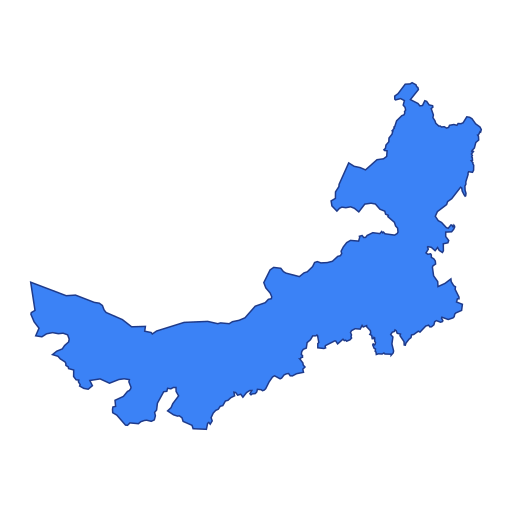 map outline of Inner Mongol (Albers equal-area conic projection)
{"feature_id": "CHN-1838", "entity_name": "Inner Mongol", "entity_type": "Autonomous Region", "adm_level": 1, "iso_a3": "CHN", "parent_name": "China", "parent_adm1": "", "projection": "albers", "projection_center": [116.94, 45.357], "detail": "fine", "context": "isolated", "style": "filled", "palette": "blue", "viewbox_px": 512, "rotation_deg": 0, "n_neighbors": 0, "source": "natural_earth", "source_scale": "10m", "svg_char_len": 6078}
<svg xmlns="http://www.w3.org/2000/svg" viewBox="0 0 512 512"><path d="M336.9,211.1L331.9,205.9L331.1,200.9L335.4,198.4L335.5,191.9L338.9,186.6L339.1,184.3L348.7,162.9L354.1,166.3L360.2,167.6L365.5,169.9L377.0,159.7L383.5,158.8L386.7,156.4L387.1,150.8L384.5,150.5L383.9,149.7L385.4,148.4L386.0,145.0L388.8,141.8L389.0,138.0L392.0,134.2L392.6,131.9L392.2,130.9L392.9,130.9L393.0,129.6L394.3,128.2L393.9,127.1L394.7,126.7L396.6,120.8L401.8,115.7L404.0,114.8L404.8,113.0L404.5,111.7L405.6,110.1L405.1,107.4L403.2,105.1L404.4,100.6L400.6,98.6L395.5,99.9L394.8,99.2L394.7,96.1L398.0,93.7L405.2,84.2L410.1,83.9L412.1,82.7L416.0,84.8L416.6,86.6L417.9,87.5L418.4,89.6L410.4,99.6L418.0,103.5L419.9,105.9L422.5,105.5L424.8,100.7L426.7,101.4L429.1,104.9L432.6,105.7L432.9,107.1L431.2,108.6L433.4,115.0L432.9,117.6L434.9,120.7L435.8,123.3L438.9,126.1L440.1,126.0L441.5,127.0L444.2,126.7L446.6,128.1L448.6,127.4L449.5,125.3L453.9,124.5L456.9,125.3L458.1,123.5L460.9,123.7L463.1,122.8L466.8,116.8L469.7,117.3L472.0,118.7L475.6,123.8L480.0,127.0L481.3,129.6L480.6,132.1L480.0,131.7L478.5,134.8L477.6,135.1L478.5,136.4L478.7,140.0L475.8,142.5L474.4,148.0L472.1,150.4L473.2,151.3L472.0,151.7L472.8,152.4L471.4,154.0L472.4,155.5L471.6,156.9L472.3,157.6L472.5,160.3L471.2,160.7L473.0,162.8L472.8,163.6L473.7,165.3L473.6,170.2L472.5,172.3L468.6,171.7L468.0,173.2L468.1,174.5L465.8,181.9L465.9,184.2L464.9,186.1L465.1,190.4L466.0,193.3L465.7,195.8L465.1,196.2L464.1,194.8L462.2,191.1L461.7,188.0L460.6,187.2L451.7,198.7L447.6,201.6L446.6,204.6L437.4,211.6L435.3,216.3L438.2,220.6L441.6,222.5L446.3,227.6L448.2,228.3L451.0,224.9L452.1,225.2L452.7,226.7L453.5,226.6L453.9,225.2L454.5,226.0L454.7,227.0L453.6,229.4L451.6,231.8L445.7,232.1L445.7,236.5L448.7,240.5L447.9,242.8L443.3,243.8L443.4,250.8L442.4,252.5L439.2,250.4L437.6,247.5L435.1,250.7L431.3,247.3L427.9,246.6L427.5,247.0L428.3,249.2L426.0,252.9L427.8,254.3L430.6,253.8L431.3,254.9L431.4,257.4L433.8,258.8L435.3,261.0L435.6,264.0L432.9,265.9L432.4,267.2L433.6,275.8L437.7,281.6L438.0,286.6L445.0,283.4L450.9,278.9L451.2,281.6L453.7,285.7L455.5,286.8L455.1,289.3L459.0,297.1L459.0,298.8L457.4,298.8L456.5,302.0L462.4,304.3L461.6,310.4L455.9,312.9L454.7,314.2L454.2,316.7L453.0,317.9L448.2,319.5L441.9,317.2L441.5,318.2L442.9,320.7L442.4,321.6L440.5,322.2L436.4,320.6L434.7,321.7L433.9,324.8L431.5,326.8L429.9,326.9L428.6,325.2L425.8,326.0L420.0,332.1L418.3,331.2L413.7,334.5L411.5,334.9L411.0,337.6L409.0,339.2L405.9,343.2L405.3,345.2L404.2,345.0L404.0,341.6L400.0,335.7L400.5,334.1L397.2,333.3L396.2,330.7L395.0,329.9L394.3,331.5L392.3,332.2L390.7,334.5L392.9,337.0L391.9,343.9L393.6,351.0L393.2,352.9L391.1,355.3L391.1,354.2L384.9,354.0L383.9,353.0L382.2,354.0L378.3,353.8L376.3,354.5L376.0,352.0L375.2,351.4L375.5,349.0L374.1,348.3L372.7,344.9L373.2,343.9L374.6,344.9L375.2,344.1L375.5,342.3L374.7,341.3L374.7,337.9L373.9,337.4L373.2,338.7L372.2,338.7L371.7,335.4L369.8,334.4L370.7,333.1L370.4,330.7L366.7,326.8L366.6,325.6L363.2,327.0L362.1,325.4L360.2,329.1L355.1,328.7L351.5,330.6L350.5,332.5L351.5,334.9L351.0,336.8L351.6,338.0L350.0,339.8L346.7,341.2L345.7,340.2L344.3,340.6L343.0,339.2L337.6,343.9L335.7,341.0L334.7,340.9L325.6,345.5L325.1,346.2L325.6,347.9L323.9,348.5L317.8,347.8L317.8,343.6L318.8,342.5L317.6,335.7L316.9,335.0L316.0,335.8L312.7,335.9L310.4,339.8L307.1,342.6L306.3,348.1L303.3,349.3L301.7,351.6L301.3,354.6L302.5,355.5L302.5,357.3L301.0,357.5L300.5,359.0L299.7,358.9L302.8,362.8L303.3,365.2L305.0,367.0L302.8,369.2L303.5,372.3L296.6,373.7L292.4,375.9L290.2,375.8L288.6,373.5L286.5,373.8L284.1,374.9L281.6,378.1L280.1,378.8L274.6,375.8L272.5,377.0L269.1,381.9L265.7,388.7L264.2,390.1L262.5,390.7L261.2,389.7L257.4,389.3L256.7,392.0L255.2,393.6L252.1,393.9L251.0,394.8L249.9,393.7L251.8,390.5L249.8,390.5L246.6,392.5L242.9,397.2L240.7,394.2L237.7,395.2L235.6,392.5L233.9,392.2L234.6,395.8L230.8,397.7L228.0,400.3L225.4,401.0L222.8,405.6L220.2,406.3L218.3,409.2L215.7,410.4L213.2,413.1L211.1,417.7L212.2,420.9L210.2,424.2L208.8,422.4L207.6,423.4L206.4,429.3L193.1,428.7L192.0,425.3L183.1,421.4L182.0,417.8L179.3,415.8L177.5,416.1L173.5,414.8L167.6,410.9L171.1,407.6L172.8,403.6L178.6,395.9L176.1,391.4L176.0,387.5L173.2,387.5L170.9,388.8L167.6,388.3L166.8,391.3L163.7,391.7L157.4,403.2L156.6,410.0L154.6,412.4L155.4,415.8L154.3,419.9L151.3,421.3L146.6,420.2L144.3,420.5L140.8,421.7L138.4,423.7L130.0,422.9L127.5,425.3L125.5,425.1L116.8,415.1L112.7,412.7L112.5,409.3L112.9,407.0L115.6,406.4L115.0,400.3L123.4,396.4L127.5,391.4L129.4,390.5L130.7,388.7L131.0,387.2L128.9,381.9L129.4,379.6L124.1,378.8L118.9,379.5L109.5,383.2L100.1,378.9L89.8,380.5L92.4,385.7L88.2,389.2L83.8,388.4L79.6,386.0L80.2,384.7L78.4,381.8L78.8,380.1L76.1,379.8L73.6,376.5L73.7,370.0L68.6,368.6L68.3,367.0L65.9,365.4L65.8,363.3L65.0,361.9L60.3,358.9L58.0,356.3L52.5,354.6L56.7,351.2L62.3,348.9L64.6,345.5L68.6,342.0L69.2,339.1L67.6,334.8L63.1,333.2L58.3,333.7L52.6,332.6L46.6,333.8L41.9,336.8L35.7,335.8L39.0,328.2L34.1,321.8L30.9,314.2L31.3,312.6L35.0,310.4L30.7,282.2L66.2,295.7L75.5,295.1L94.3,302.4L99.3,303.2L102.4,305.5L104.1,310.0L106.1,312.5L122.4,319.6L131.6,326.8L145.4,326.4L144.7,331.2L151.1,332.5L152.3,334.0L156.6,331.0L184.1,322.4L207.7,321.4L217.8,323.7L220.6,322.9L229.2,323.7L232.4,321.7L239.1,320.3L245.0,317.8L255.2,306.2L265.2,302.7L268.4,299.3L271.4,298.7L271.7,296.7L270.2,293.1L265.8,287.9L263.8,282.6L270.1,269.9L273.7,267.4L280.8,268.3L283.4,271.6L285.9,273.1L299.4,276.6L304.0,272.9L307.3,271.8L312.6,266.6L314.6,262.5L317.3,261.6L320.9,262.9L327.2,262.6L332.4,261.3L337.7,256.4L340.4,255.7L341.7,253.6L341.1,251.2L343.4,246.8L346.7,242.6L350.5,240.4L358.6,241.1L359.7,237.3L359.4,236.3L362.1,235.5L363.7,237.5L365.6,237.4L367.2,235.4L372.8,232.7L379.8,233.6L381.7,231.5L382.6,232.8L383.5,232.1L385.0,233.8L394.6,235.1L397.2,233.5L398.0,232.1L397.6,228.1L395.6,226.0L394.4,222.3L387.9,216.7L388.3,215.3L385.6,214.2L384.8,211.2L379.9,209.2L375.4,204.0L371.0,203.2L364.8,204.1L358.8,211.9L354.4,208.3L350.6,206.8L345.8,207.7L341.9,207.1L339.5,208.3L336.9,211.1Z" fill="#3b82f6" stroke="#1e3a8a" stroke-width="1.5"/></svg>